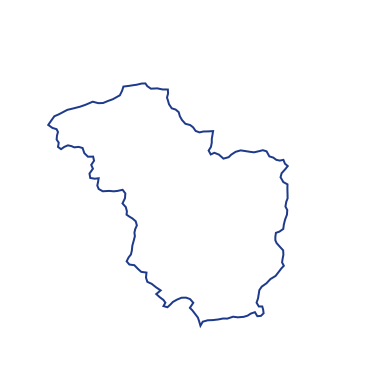 outline of Guarani, Minas Gerais, Brazil, rotated 235°
{"feature_id": "56859067B35228269434270", "entity_name": "Guarani", "entity_type": "district", "adm_level": 2, "iso_a3": "BRA", "parent_name": "Brazil", "parent_adm1": "Minas Gerais", "projection": "robinson", "projection_center": [-43.054, -21.365], "detail": "fine", "context": "isolated", "style": "outline", "palette": "blue", "viewbox_px": 384, "rotation_deg": 235, "n_neighbors": 0, "source": "geoboundaries", "source_scale": "gbopen_adm2", "svg_char_len": 2584}
<svg xmlns="http://www.w3.org/2000/svg" viewBox="0 0 384 384"><g transform="rotate(235 192 192)"><path d="M329.4,112.7L324.6,114.4L321.1,117.1L318.0,116.6L315.6,113.7L312.6,111.2L308.8,111.1L305.8,108.1L302.2,109.3L302.2,113.2L301.4,117.1L298.8,119.5L296.1,121.2L294.0,125.0L290.8,127.6L285.6,126.1L280.6,127.0L277.7,131.3L273.8,129.7L272.0,125.0L267.9,124.2L265.9,118.6L261.9,116.7L258.7,119.9L256.8,123.4L254.0,120.7L251.6,118.1L248.0,117.3L243.8,119.3L240.4,124.8L237.5,128.2L235.6,131.6L233.6,136.4L229.1,136.6L225.4,133.6L222.5,128.5L217.6,129.1L213.5,127.6L211.0,125.4L207.7,126.6L204.6,128.0L200.3,129.1L196.3,127.7L194.1,124.1L191.7,121.5L188.6,119.9L185.6,116.4L182.3,112.4L178.5,109.1L175.9,106.2L174.8,102.6L172.7,98.7L168.5,99.1L165.1,102.8L160.1,103.6L155.7,104.6L152.1,108.5L148.3,105.2L144.0,103.9L139.9,106.3L134.5,107.9L129.4,109.9L128.9,104.2L124.5,105.2L119.9,106.7L116.6,106.7L114.9,103.2L111.7,105.8L112.2,109.7L112.9,113.2L112.5,117.7L111.4,122.8L108.8,126.6L105.4,129.0L100.5,129.5L98.3,123.8L94.9,124.4L90.5,124.6L85.7,124.8L81.7,123.6L77.6,122.2L79.6,126.4L77.9,131.3L75.0,135.8L72.5,140.5L70.6,144.8L68.0,148.4L66.3,154.1L63.1,157.6L60.1,162.7L58.8,166.7L58.7,170.3L57.5,174.6L52.8,174.3L51.0,177.4L51.6,181.1L54.6,182.7L57.9,183.9L59.9,181.1L64.3,181.4L67.0,185.1L69.9,187.9L73.0,190.9L74.5,194.9L74.5,200.6L75.7,206.3L75.3,212.3L76.9,217.5L78.1,221.2L78.9,224.9L82.7,225.4L85.4,228.0L88.1,230.8L91.9,233.2L97.3,232.5L101.6,232.0L104.7,232.6L107.5,234.6L110.4,237.3L109.4,240.9L109.4,245.6L112.6,248.5L116.0,252.4L119.0,256.8L122.6,259.7L126.5,260.2L129.9,263.6L132.0,266.7L135.4,269.0L139.8,271.9L143.5,274.6L147.8,272.5L153.3,273.0L156.0,276.2L157.1,281.1L158.3,285.3L161.9,284.4L165.9,285.3L167.4,281.9L170.0,279.5L173.6,278.3L176.8,275.8L182.6,276.4L185.6,274.0L187.0,270.3L188.9,265.6L191.6,262.6L195.2,258.9L198.2,255.7L199.9,250.8L200.1,245.6L199.5,242.0L201.3,236.9L207.2,235.5L211.3,232.8L212.0,228.9L216.4,229.4L218.1,233.4L221.1,236.5L224.2,238.7L226.9,241.4L229.8,244.2L232.5,239.8L235.1,235.9L236.5,232.4L239.9,230.0L244.4,230.0L247.9,228.9L251.7,225.7L256.8,225.1L261.0,225.5L265.0,226.9L268.9,225.9L272.2,223.4L277.1,223.5L280.2,224.6L283.7,225.7L286.4,228.9L289.8,231.0L292.9,226.7L296.8,223.0L300.2,217.6L304.3,216.1L307.7,216.1L309.8,212.8L311.6,208.2L313.5,204.5L315.1,201.2L317.7,196.3L315.1,192.9L312.6,188.4L313.4,180.4L314.8,175.2L315.9,170.2L318.5,166.2L322.9,162.5L324.5,154.9L326.1,149.2L328.4,143.1L330.8,137.0L331.4,132.3L332.0,127.5L333.0,122.7L331.1,117.3L329.4,112.7Z" fill="none" stroke="#1e3a8a" stroke-width="2"/></g></svg>